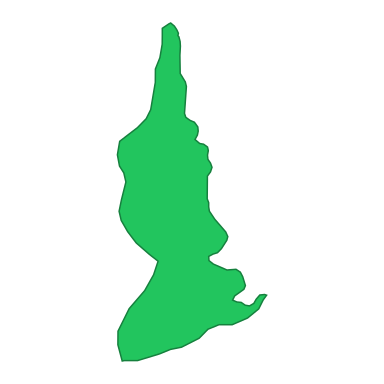 Jaerong, Hwanghae-namdo, North Korea
{"feature_id": "82179303B97817957609730", "entity_name": "Jaerong", "entity_type": "district", "adm_level": 2, "iso_a3": "PRK", "parent_name": "North Korea", "parent_adm1": "Hwanghae-namdo", "projection": "natural_earth1", "projection_center": [125.668, 38.438], "detail": "fine", "context": "isolated", "style": "filled", "palette": "green", "viewbox_px": 384, "rotation_deg": 0, "n_neighbors": 0, "source": "geoboundaries", "source_scale": "gbopen_adm2", "svg_char_len": 1395}
<svg xmlns="http://www.w3.org/2000/svg" viewBox="0 0 384 384"><path d="M133.0,238.7L136.3,243.0L149.4,254.4L158.1,261.2L153.6,274.8L144.7,290.6L129.2,308.6L118.0,331.2L117.9,344.8L122.2,361.0L124.3,360.6L137.5,360.6L159.5,353.9L170.5,349.4L181.5,347.2L199.2,338.2L208.0,329.2L219.0,324.7L232.2,324.7L247.6,318.0L258.7,308.9L263.2,299.9L266.6,295.2L264.6,294.5L259.8,295.0L256.2,299.2L253.8,303.4L249.5,305.9L245.2,305.2L241.2,302.4L236.9,302.0L232.6,300.1L234.7,295.9L243.9,289.3L245.4,285.6L242.7,276.7L240.3,272.1L236.0,269.3L227.0,270.0L213.4,264.1L209.0,260.6L208.7,256.4L213.0,254.1L217.5,252.7L221.4,248.7L226.8,240.3L227.8,236.6L225.7,231.9L214.8,219.3L209.4,211.2L208.7,207.0L208.7,202.7L207.2,198.8L207.4,176.1L210.5,171.9L212.0,167.3L210.5,163.1L207.9,159.3L207.5,155.1L208.3,150.7L208.0,149.1L207.5,147.0L203.6,144.2L199.7,143.5L195.0,139.5L197.4,135.1L198.2,131.1L197.8,126.9L194.4,122.2L190.1,120.4L185.8,117.3L184.5,113.4L186.4,86.5L185.3,81.9L180.2,73.5L179.9,55.3L180.4,46.2L180.1,41.5L178.9,36.8L177.9,35.6L178.4,33.3L176.7,29.6L174.4,26.1L170.7,23.0L169.0,23.8L162.3,28.3L162.3,35.1L162.2,44.2L159.9,57.7L155.4,69.0L155.3,82.6L154.9,84.8L153.0,96.1L150.7,109.7L146.2,118.7L137.4,127.7L128.5,134.5L119.7,141.3L117.4,154.8L119.5,166.1L123.8,172.9L125.9,182.0L121.4,200.0L119.1,211.3L121.2,220.4L127.7,231.7L133.0,238.7Z" fill="#22c55e" stroke="#15803d" stroke-width="1.5"/></svg>